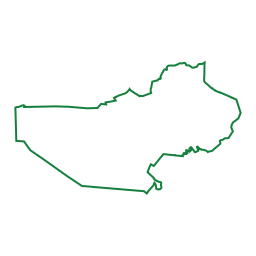 outline of Murmastienes pag., Varaklanu, Latvia
{"feature_id": "27541924B78395496310678", "entity_name": "Murmastienes pag.", "entity_type": "district", "adm_level": 2, "iso_a3": "LVA", "parent_name": "Latvia", "parent_adm1": "Varaklanu", "projection": "orthographic", "projection_center": [26.628, 56.654], "detail": "fine", "context": "isolated", "style": "outline", "palette": "green", "viewbox_px": 256, "rotation_deg": 0, "n_neighbors": 0, "source": "geoboundaries", "source_scale": "gbopen_adm2", "svg_char_len": 5229}
<svg xmlns="http://www.w3.org/2000/svg" viewBox="0 0 256 256"><path d="M236.4,99.6L232.5,98.0L232.7,97.9L223.0,93.7L220.0,92.4L219.9,92.6L216.5,91.2L216.3,91.1L215.2,90.6L215.3,90.4L213.6,89.5L212.3,88.3L212.2,88.4L212.0,88.5L211.7,88.3L210.3,87.0L209.4,86.2L207.8,84.8L206.8,83.9L205.9,83.2L205.1,82.5L204.7,82.1L204.6,81.9L204.2,81.0L204.1,80.6L204.4,72.6L204.4,68.0L204.6,62.5L203.2,63.4L202.7,63.7L202.5,63.9L202.4,63.9L201.9,64.0L201.3,63.9L200.6,64.0L200.4,64.0L200.2,64.0L199.7,64.0L199.4,64.0L199.1,64.1L198.9,64.1L198.6,64.3L197.9,65.2L197.1,66.2L196.8,66.6L196.5,66.9L196.4,67.0L195.8,67.1L195.3,67.2L195.1,67.2L194.7,67.4L194.1,67.5L193.7,67.6L193.3,67.7L192.9,67.7L192.6,67.7L192.4,67.7L192.1,67.6L191.6,67.2L190.1,66.1L189.8,65.9L189.6,65.8L189.1,65.5L188.6,65.4L187.5,65.3L186.8,65.3L186.4,65.2L186.1,65.0L185.9,64.7L185.8,64.4L185.7,63.8L185.5,63.4L185.4,63.3L185.1,63.1L184.9,63.0L184.8,62.9L184.7,62.9L184.3,62.9L183.9,63.0L183.2,63.2L182.4,63.3L181.8,63.4L181.4,63.5L180.8,63.4L179.8,63.3L179.4,63.4L179.0,63.5L178.6,63.9L177.9,64.4L177.7,64.5L176.9,64.6L176.6,64.7L176.4,64.7L176.0,65.0L175.7,65.2L175.3,65.5L174.9,65.5L174.7,65.5L172.3,65.5L169.8,65.6L169.0,65.6L168.4,65.7L167.9,66.0L167.6,66.1L167.1,66.8L166.9,67.4L166.6,67.9L166.6,68.2L166.7,68.5L167.0,69.2L167.0,69.5L166.8,69.8L166.5,69.9L166.3,69.8L165.9,69.6L165.1,69.4L164.7,69.4L164.4,69.5L164.2,69.7L163.9,70.0L163.6,70.5L163.5,70.8L163.4,71.1L163.2,71.5L162.6,72.4L161.8,73.8L161.4,74.6L160.5,76.8L160.4,77.1L160.5,77.3L160.7,77.7L160.7,78.0L160.8,78.2L160.7,78.5L160.3,78.9L160.0,79.0L159.4,78.9L158.8,78.9L158.5,79.2L158.2,79.7L157.8,80.2L157.5,80.3L157.0,80.5L156.5,80.6L156.3,80.6L155.8,80.8L155.1,80.9L154.7,81.0L154.0,81.2L153.4,81.4L152.5,81.6L152.4,81.6L152.3,81.8L152.2,82.0L151.4,86.8L151.4,87.0L151.3,87.3L150.6,89.4L150.6,89.6L150.8,92.0L150.9,92.3L150.9,92.6L151.0,92.7L151.0,92.8L151.1,93.0L147.5,94.4L147.2,94.5L146.3,94.8L146.0,94.9L145.4,95.1L142.9,96.1L142.5,96.1L142.1,96.1L141.5,96.0L140.9,96.0L139.3,95.8L139.0,95.7L139.0,95.8L138.0,95.1L137.5,94.8L136.9,94.5L136.7,94.3L135.3,93.5L131.5,91.0L130.6,90.3L130.3,89.9L130.3,90.0L130.2,90.0L129.3,89.5L127.9,91.2L126.9,92.3L125.8,93.1L125.3,93.3L124.0,93.8L123.4,94.0L122.4,94.3L121.6,94.6L118.8,95.5L118.0,95.9L116.3,96.8L116.0,96.9L115.8,96.9L115.8,97.0L115.7,97.0L114.0,97.9L114.7,99.1L115.7,100.6L109.7,101.8L107.9,102.1L107.2,102.2L105.5,102.4L105.5,102.5L106.1,104.5L101.1,103.9L98.7,106.6L97.5,108.0L86.9,108.3L67.7,106.7L62.9,106.6L58.0,106.4L53.2,106.4L48.4,106.5L43.6,106.6L24.2,107.0L24.5,105.7L23.3,105.2L22.0,105.7L21.8,105.8L21.2,106.0L20.4,106.3L18.1,107.1L16.7,107.0L15.4,107.6L16.3,140.9L24.0,141.4L25.0,142.8L27.6,146.5L30.5,150.4L44.2,159.8L55.9,168.1L67.7,176.5L82.0,186.0L89.0,186.5L93.8,187.0L105.8,188.0L120.0,189.2L132.0,190.2L144.0,191.2L146.8,193.5L147.0,193.4L148.0,191.5L152.5,186.4L153.5,185.4L154.4,182.8L155.5,184.2L155.8,185.1L156.3,188.8L158.0,189.5L159.3,189.1L159.8,189.3L161.2,188.2L161.4,187.3L161.3,186.6L161.0,185.4L160.9,185.0L161.2,183.6L161.0,182.3L159.0,181.9L156.8,180.8L156.7,180.9L154.6,179.6L154.0,179.0L154.3,178.8L154.0,178.4L153.6,177.6L153.0,177.2L149.7,174.2L149.0,173.5L147.6,172.2L148.9,168.7L149.7,166.7L150.9,164.3L153.8,166.0L154.8,164.7L155.8,163.5L157.6,161.3L158.2,160.5L159.3,159.1L162.0,155.9L162.2,155.5L162.8,154.8L163.4,154.1L166.3,154.4L166.8,154.5L168.7,154.7L168.8,154.7L173.8,155.2L173.9,155.3L174.6,155.3L175.1,155.0L175.7,155.4L175.8,155.5L179.7,155.8L181.6,156.0L182.5,156.1L182.4,155.9L182.4,155.6L182.4,155.3L184.4,154.2L183.6,153.4L184.0,152.9L186.2,154.0L187.5,153.1L187.4,152.6L186.3,151.9L186.0,150.9L186.2,150.2L186.9,150.4L188.0,150.6L188.4,151.0L188.5,150.9L188.8,150.8L189.7,150.6L190.0,150.9L190.0,151.2L190.7,150.6L191.1,150.2L191.3,150.0L191.5,149.7L191.5,149.3L190.8,148.5L190.7,148.5L190.0,148.4L189.7,148.4L190.0,148.0L190.8,147.2L191.5,147.6L191.7,147.8L191.8,147.9L192.7,149.2L193.4,150.0L194.5,151.6L194.7,151.8L194.8,152.1L195.2,152.2L195.3,152.2L196.4,151.7L198.2,150.8L198.2,150.7L197.9,149.5L198.6,149.3L197.9,148.5L197.2,147.8L197.1,147.3L197.0,146.9L197.4,146.6L197.5,146.6L198.5,147.6L198.9,148.0L199.6,148.7L200.2,149.2L200.3,149.2L201.0,149.1L201.7,149.8L202.4,149.8L202.5,149.8L203.6,149.9L203.8,149.9L205.9,150.6L206.4,150.8L206.8,151.1L207.9,152.1L208.4,151.7L209.5,151.4L211.8,151.0L212.3,150.7L214.7,148.6L215.2,148.2L215.4,148.0L216.3,147.2L218.0,145.8L220.2,143.8L220.4,143.5L220.4,143.4L220.3,142.9L219.9,140.9L220.0,140.7L220.5,140.2L221.7,140.1L222.3,140.0L222.4,139.9L224.4,138.6L224.6,138.5L224.7,138.4L225.2,138.3L225.8,138.2L227.5,138.2L228.2,138.1L228.4,138.1L228.6,137.9L228.9,137.5L229.3,136.8L229.9,135.9L231.3,133.8L232.2,132.5L232.8,131.5L232.8,131.2L231.8,128.9L231.6,128.3L231.3,127.6L231.3,127.3L231.7,124.7L232.1,124.2L232.3,123.7L232.9,122.5L233.0,122.4L233.3,122.2L234.0,121.6L234.9,121.0L235.0,121.0L236.4,119.9L236.9,119.5L237.0,119.4L237.8,118.9L238.1,118.7L238.3,118.5L238.6,117.8L240.3,113.7L240.6,113.0L240.6,112.8L240.6,112.7L240.5,112.4L240.4,112.0L239.7,110.0L239.6,109.5L238.5,106.1L238.4,105.9L238.3,105.5L238.2,105.2L237.8,104.2L237.5,103.0L237.1,102.0L236.7,100.8L236.4,99.6L236.4,99.6Z" fill="none" stroke="#15803d" stroke-width="2"/></svg>